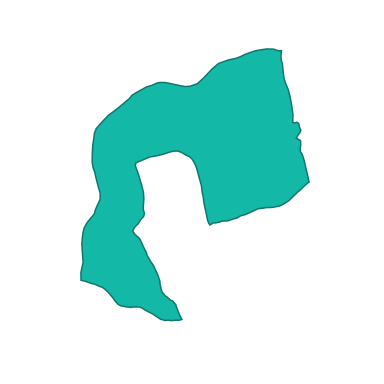 Kpi, Grand Kru, Liberia (Natural Earth projection), rotated 338°
{"feature_id": "62588387B64851496201268", "entity_name": "Kpi", "entity_type": "district", "adm_level": 2, "iso_a3": "LBR", "parent_name": "Liberia", "parent_adm1": "Grand Kru", "projection": "natural_earth1", "projection_center": [-8.139, 4.966], "detail": "fine", "context": "isolated", "style": "filled", "palette": "teal", "viewbox_px": 384, "rotation_deg": 338, "n_neighbors": 0, "source": "geoboundaries", "source_scale": "gbopen_adm2", "svg_char_len": 3061}
<svg xmlns="http://www.w3.org/2000/svg" viewBox="0 0 384 384"><g transform="rotate(338 192 192)"><path d="M134.9,306.4L134.4,301.1L134.5,298.3L134.5,292.0L134.8,290.4L133.1,285.5L131.7,284.5L129.1,279.2L128.3,278.5L126.8,273.4L126.8,272.2L127.0,270.6L127.5,267.8L128.1,264.4L128.8,262.8L129.2,256.7L129.2,255.3L128.9,249.7L128.8,246.2L127.8,241.7L127.5,240.1L126.6,233.6L127.0,231.2L126.4,224.2L126.4,222.7L126.0,216.0L125.4,214.2L124.8,213.1L123.3,210.4L122.3,206.0L122.8,205.6L125.4,203.4L128.0,202.1L130.2,201.3L133.1,199.1L135.3,197.7L137.9,196.7L139.9,194.0L140.1,192.0L140.3,189.9L141.5,186.9L143.0,184.1L144.8,180.2L146.6,175.0L147.2,171.9L147.9,166.9L148.0,165.3L149.0,155.0L149.1,150.4L149.3,146.2L151.0,143.9L156.9,143.9L162.5,143.7L166.6,143.8L170.0,144.7L172.9,145.2L178.4,146.1L185.5,146.6L189.9,147.1L194.0,148.6L196.1,150.5L196.9,151.1L199.8,155.0L203.1,158.6L204.4,161.7L205.0,165.2L205.3,170.5L204.8,175.3L203.9,182.6L203.1,189.6L201.4,195.8L200.5,201.0L199.2,205.8L198.8,207.4L198.2,211.0L197.0,218.1L195.9,223.6L195.8,227.3L196.2,229.3L200.7,228.6L201.8,229.4L206.9,230.3L208.8,230.2L214.5,232.2L216.8,232.3L221.7,232.6L223.6,233.0L227.9,232.3L230.0,232.5L232.4,232.9L238.2,232.8L239.5,232.7L244.3,232.4L245.5,232.4L246.8,232.2L253.1,233.9L254.7,234.2L260.8,236.4L264.2,237.1L268.4,237.8L272.1,237.5L278.3,236.4L281.7,235.0L286.4,233.1L289.5,231.8L294.6,230.2L296.3,229.3L302.9,226.9L304.2,226.6L305.1,222.1L306.8,210.8L307.8,204.9L308.1,201.4L308.3,198.1L307.6,195.0L309.0,191.7L311.0,187.8L311.9,185.0L310.9,183.7L308.8,181.2L309.7,180.5L312.1,178.6L313.8,177.8L316.0,175.6L315.9,172.2L316.3,170.5L316.6,168.5L315.4,166.6L313.0,166.4L311.4,165.2L312.1,163.9L313.5,160.4L314.5,158.4L316.8,149.2L318.2,142.6L318.6,140.7L319.6,132.9L319.5,127.7L319.5,125.8L320.0,120.7L321.6,114.7L323.9,106.8L324.1,103.2L325.2,99.5L327.3,95.7L328.0,94.4L325.0,93.5L321.2,90.1L315.0,87.4L308.5,85.8L303.7,84.8L298.7,84.5L292.8,84.3L288.3,84.6L287.6,84.6L283.2,84.6L275.2,83.2L273.4,83.1L264.7,82.8L256.6,85.5L245.7,90.5L237.5,93.6L229.9,93.2L225.2,91.7L221.5,89.4L219.9,88.3L217.6,86.8L212.7,83.4L208.2,80.5L203.5,78.5L200.2,77.8L195.2,78.1L190.3,77.7L188.7,77.6L181.0,78.5L172.9,79.7L168.9,81.9L160.3,84.7L153.5,86.9L143.1,89.6L135.2,93.2L134.0,93.8L127.0,97.3L123.6,100.9L123.1,101.8L121.9,104.0L121.6,104.5L117.5,111.5L113.8,119.4L110.6,127.0L109.6,131.6L109.4,132.2L109.3,136.8L108.3,142.7L107.1,151.6L106.5,158.0L106.4,158.7L104.0,164.4L99.4,168.7L95.7,172.4L93.2,175.7L88.5,178.2L83.1,181.2L78.6,184.9L75.8,188.7L73.4,193.0L70.5,198.7L69.9,200.4L68.1,205.9L66.4,211.1L64.7,216.4L58.9,224.9L56.0,232.3L59.5,234.7L64.5,239.1L67.4,241.1L71.1,245.1L72.7,246.3L74.2,248.4L76.0,251.9L77.5,255.8L79.1,260.9L79.4,262.8L81.5,268.8L82.1,269.4L83.1,270.6L84.7,271.8L86.6,272.8L87.5,273.6L92.9,276.4L94.5,276.6L98.9,278.4L100.5,279.2L102.4,281.0L104.7,284.6L105.4,285.2L106.6,286.6L110.5,291.1L111.0,292.1L115.3,298.3L116.9,299.4L118.4,300.8L122.7,302.2L124.1,303.3L130.3,305.3L131.6,306.0L134.9,306.4Z" fill="#14b8a6" stroke="#0f766e" stroke-width="1.5"/></g></svg>